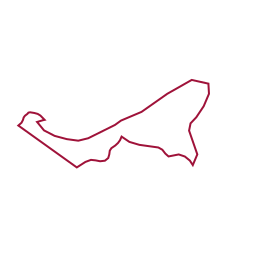 outline of South Abaco, rotated 238°
{"feature_id": "BHS-5016", "entity_name": "South Abaco", "entity_type": "District", "adm_level": 1, "iso_a3": "BHS", "parent_name": "The Bahamas", "parent_adm1": "", "projection": "robinson", "projection_center": [-77.194, 26.12], "detail": "fine", "context": "isolated", "style": "outline", "palette": "rose", "viewbox_px": 256, "rotation_deg": 238, "n_neighbors": 0, "source": "natural_earth", "source_scale": "10m", "svg_char_len": 799}
<svg xmlns="http://www.w3.org/2000/svg" viewBox="0 0 256 256"><g transform="rotate(238 128 128)"><path d="M188.2,36.3L188.9,40.5L190.5,43.2L192.2,45.1L193.0,47.1L193.3,50.2L193.8,51.7L193.2,53.3L190.4,56.5L187.8,58.9L185.0,60.3L179.1,61.6L179.7,59.9L181.3,54.1L170.5,55.5L160.2,61.6L151.0,70.2L143.6,79.1L140.4,88.8L137.5,118.6L138.0,126.0L134.5,148.0L136.2,179.4L135.0,207.5L123.0,219.7L114.1,214.8L106.4,203.8L100.9,191.6L98.8,183.5L93.4,178.4L68.9,172.8L62.2,163.3L67.6,163.2L73.7,161.1L78.7,157.0L82.4,147.3L86.5,146.1L91.4,145.6L95.4,143.4L107.7,128.7L115.5,121.8L124.1,118.0L121.9,114.8L120.6,111.6L119.9,107.9L119.7,103.2L118.4,100.5L115.6,98.2L113.0,95.3L112.5,91.1L114.6,86.7L117.7,83.4L120.6,79.7L121.8,73.9L121.7,63.7L188.2,36.3Z" fill="none" stroke="#9f1239" stroke-width="2"/></g></svg>